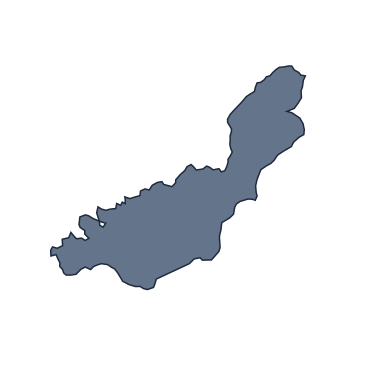 Santo Antônio do Paraíso, Paraná, Brazil, rotated 242°
{"feature_id": "56859067B65218837854704", "entity_name": "Santo Antônio do Paraíso", "entity_type": "district", "adm_level": 2, "iso_a3": "BRA", "parent_name": "Brazil", "parent_adm1": "Paraná", "projection": "orthographic", "projection_center": [-50.621, -23.583], "detail": "fine", "context": "isolated", "style": "filled", "palette": "slate", "viewbox_px": 384, "rotation_deg": 242, "n_neighbors": 0, "source": "geoboundaries", "source_scale": "gbopen_adm2", "svg_char_len": 2305}
<svg xmlns="http://www.w3.org/2000/svg" viewBox="0 0 384 384"><g transform="rotate(242 192 192)"><path d="M209.7,96.5L214.9,92.3L219.5,89.6L221.9,87.1L222.6,81.3L216.3,76.9L213.1,76.6L208.3,79.2L205.2,77.6L199.5,79.2L199.4,74.9L203.1,72.9L205.0,68.0L209.2,66.9L213.2,66.1L209.5,61.7L211.2,55.2L205.4,52.6L205.6,46.6L209.0,43.1L206.9,39.9L201.7,37.4L200.5,42.6L196.2,42.2L191.6,42.1L188.3,40.3L184.3,41.3L180.7,40.7L177.7,41.9L175.4,46.4L173.8,51.1L175.9,57.6L175.9,62.4L171.1,66.1L172.4,70.1L172.0,74.7L171.2,78.4L167.5,83.4L163.1,85.7L160.4,87.6L155.5,88.4L150.3,88.7L145.7,88.9L139.8,92.9L135.0,97.8L133.0,101.8L129.4,103.9L126.8,106.9L125.8,113.2L128.2,116.0L131.9,119.7L130.0,156.2L131.9,162.5L130.1,168.3L127.0,169.1L124.6,173.8L122.9,177.3L124.5,181.7L127.0,188.0L129.8,190.7L133.4,192.4L139.3,195.0L142.1,197.1L144.6,199.5L151.0,203.9L151.4,212.8L152.9,218.2L158.4,222.5L160.6,225.5L161.1,230.1L159.5,238.1L157.5,241.6L155.0,244.0L157.9,247.6L161.6,248.5L167.6,251.1L172.2,255.0L176.2,259.5L179.4,263.4L180.2,270.4L180.2,274.9L181.4,279.3L184.4,284.9L185.1,291.8L185.5,301.1L188.3,305.0L190.1,312.3L190.2,317.7L194.3,320.4L200.1,322.1L206.6,321.9L214.9,317.5L218.6,313.7L217.8,321.6L220.6,327.3L223.8,332.9L230.0,335.7L233.0,338.9L238.3,342.7L241.3,346.6L244.2,342.9L247.4,342.4L251.7,339.6L256.4,339.2L258.0,336.3L259.5,331.2L261.1,327.7L260.7,323.8L259.5,319.2L258.0,315.4L258.8,311.7L257.2,308.5L256.6,304.1L257.8,300.7L254.8,297.2L251.5,294.4L251.1,288.7L250.7,284.7L249.2,281.1L247.8,277.5L246.0,272.0L244.2,266.7L242.5,262.0L239.5,257.5L236.6,256.1L233.2,256.3L229.2,256.5L226.5,254.9L223.7,252.0L219.8,250.0L216.3,247.8L212.1,246.6L208.4,246.3L206.0,242.9L204.0,239.2L201.1,237.6L198.2,234.7L195.4,230.9L196.0,227.3L199.9,226.8L201.7,221.0L205.4,219.3L208.0,217.1L207.2,212.4L209.4,206.1L213.6,205.2L216.7,204.1L216.7,199.5L214.3,195.7L212.9,189.8L210.5,183.5L207.6,181.6L206.2,176.7L209.0,173.8L211.9,170.6L215.3,170.3L216.7,165.9L216.6,160.1L213.9,155.1L216.8,152.0L217.1,147.0L213.2,144.3L214.4,139.2L215.3,134.1L219.2,130.4L216.1,129.2L213.1,127.5L215.8,125.7L213.7,122.8L217.2,120.1L213.2,116.9L215.3,111.7L216.3,107.3L219.4,104.1L223.0,102.0L218.3,98.0L209.7,96.5ZM209.7,96.5L204.9,101.1L202.7,97.0L205.9,94.9L209.7,96.5Z" fill="#64748b" stroke="#1e293b" stroke-width="1.5"/></g></svg>